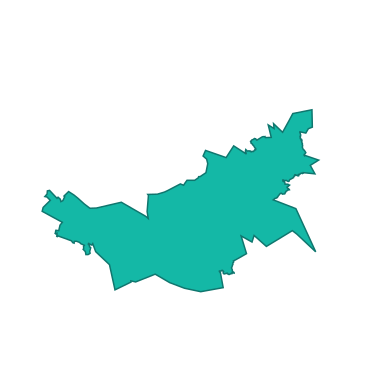 Coneto de Comonfort, Durango, Mexico (Robinson projection), rotated 110°
{"feature_id": "50627088B46470602439176", "entity_name": "Coneto de Comonfort", "entity_type": "district", "adm_level": 2, "iso_a3": "MEX", "parent_name": "Mexico", "parent_adm1": "Durango", "projection": "robinson", "projection_center": [-104.882, 25.009], "detail": "fine", "context": "isolated", "style": "filled", "palette": "teal", "viewbox_px": 384, "rotation_deg": 110, "n_neighbors": 0, "source": "geoboundaries", "source_scale": "gbopen_adm2", "svg_char_len": 5843}
<svg xmlns="http://www.w3.org/2000/svg" viewBox="0 0 384 384"><g transform="rotate(110 192 192)"><path d="M239.8,276.4L242.2,282.4L240.1,289.1L236.9,297.0L235.2,301.9L233.8,308.1L239.6,310.9L240.0,310.0L244.3,310.4L245.9,311.9L243.8,313.3L242.7,316.1L244.1,316.7L239.2,326.4L240.4,328.3L243.4,327.5L246.6,328.7L246.3,326.6L248.3,322.3L257.4,326.6L261.4,326.2L264.8,303.5L268.3,304.7L273.9,304.0L274.5,306.8L275.6,306.8L275.9,306.4L277.7,306.5L278.0,305.5L277.7,305.3L277.0,304.7L278.3,304.2L279.9,304.0L280.0,303.7L279.9,303.2L279.1,303.3L279.1,288.5L280.4,286.8L280.4,285.3L278.6,285.7L277.8,283.7L277.8,280.8L278.1,279.8L278.6,278.9L278.9,274.9L280.3,275.3L282.0,274.5L283.1,274.7L284.5,271.8L287.1,270.3L286.4,268.3L285.6,267.6L284.4,266.8L282.8,267.8L279.0,268.1L278.7,268.8L278.7,269.4L278.6,269.6L277.7,269.8L277.2,270.3L276.9,271.0L276.6,270.7L276.2,271.6L275.6,271.4L275.8,271.0L275.9,270.8L275.9,270.5L276.1,268.0L274.5,267.6L281.0,262.1L288.5,244.7L310.3,230.9L297.5,218.5L296.4,219.0L295.8,214.2L281.8,198.5L284.8,181.9L285.0,166.1L282.7,149.7L271.2,130.0L258.1,137.7L258.1,137.9L257.7,138.3L257.7,138.7L257.2,139.2L256.9,139.3L256.8,139.2L256.8,138.9L256.6,138.4L256.5,138.0L256.0,137.3L255.7,137.4L255.4,137.1L255.2,136.7L255.3,136.2L255.7,136.1L255.8,135.9L255.8,135.6L256.0,135.3L256.0,135.1L256.7,135.1L257.4,135.1L257.6,134.7L257.8,134.5L258.0,134.2L257.8,133.3L257.6,133.3L256.6,131.7L256.3,131.4L256.2,131.2L256.5,130.9L256.8,130.7L256.7,130.3L256.6,130.2L256.8,129.7L256.9,129.0L256.4,128.4L256.0,128.1L255.8,127.8L255.7,127.8L255.5,127.5L255.0,127.3L255.1,126.7L253.9,126.7L254.4,126.4L254.4,126.2L254.1,125.6L254.1,125.9L253.9,125.9L253.8,125.4L253.8,124.6L253.7,124.6L253.2,125.2L253.3,125.5L253.1,126.1L252.9,126.2L252.8,126.3L252.9,126.6L252.2,127.2L251.4,127.5L251.0,127.8L250.9,127.9L250.0,128.8L249.5,129.0L249.1,128.8L248.8,128.8L248.2,128.9L247.4,128.8L246.9,129.0L245.8,128.8L244.8,129.4L243.7,128.9L243.0,129.1L242.6,129.5L240.8,127.8L231.3,119.7L216.5,130.8L218.5,118.5L211.6,118.8L217.7,103.5L194.0,84.5L195.7,79.1L205.9,55.3L172.1,88.7L171.6,112.9L171.0,112.5L170.5,112.4L170.2,112.2L169.9,112.2L169.7,112.0L169.2,111.0L169.0,110.8L168.5,110.6L168.4,110.3L168.3,110.1L167.8,109.9L167.5,110.0L167.1,109.9L167.0,109.7L166.3,109.6L165.7,109.4L164.9,109.1L163.8,108.8L163.2,108.5L163.1,108.2L162.8,108.0L162.6,107.7L162.8,107.0L163.1,106.3L163.0,106.1L162.7,105.9L162.6,105.5L162.6,105.3L162.4,105.0L162.3,104.7L162.1,104.3L161.8,104.1L161.6,104.1L161.2,104.2L160.9,104.1L160.5,104.2L160.2,103.9L159.8,103.9L159.5,103.8L159.2,103.9L158.5,103.3L158.4,103.1L157.9,103.0L157.6,102.8L157.5,102.7L157.1,102.0L156.6,101.2L156.5,101.3L156.6,101.6L156.2,101.9L155.9,102.3L156.0,103.0L155.8,103.1L155.5,103.8L155.2,103.8L154.9,104.1L154.9,104.3L154.7,104.3L154.6,104.1L154.4,104.1L153.6,103.4L152.9,103.2L152.4,102.6L152.2,102.6L152.3,103.1L152.1,103.3L152.1,104.1L151.9,104.5L152.2,104.8L152.1,105.5L152.5,106.1L152.5,106.3L152.8,107.2L152.8,107.3L152.2,107.5L151.7,107.9L150.9,108.3L150.8,108.7L150.9,109.3L150.9,110.0L150.6,110.3L150.2,110.6L149.6,110.8L149.5,110.7L149.4,110.4L149.6,109.4L149.6,109.0L148.8,107.3L149.1,106.5L149.2,105.3L149.1,105.0L148.9,104.7L148.3,104.4L148.0,104.5L147.5,104.5L146.7,104.2L146.3,103.7L144.7,102.3L144.4,102.1L144.1,102.0L143.8,101.5L142.8,101.6L142.5,101.4L142.2,101.5L142.0,101.4L141.8,101.0L141.6,101.0L141.0,101.3L140.5,101.2L140.3,100.5L140.7,100.0L140.7,99.6L140.4,99.3L140.4,98.9L140.3,98.7L140.0,98.5L139.9,98.2L140.0,98.0L140.4,98.0L140.6,97.9L140.3,97.3L139.9,97.3L139.6,97.5L139.2,97.3L138.9,97.6L138.6,97.0L138.2,96.7L138.0,96.4L137.5,96.4L137.3,96.0L136.9,95.7L136.8,95.4L136.9,94.9L136.6,94.7L136.8,94.5L136.4,94.1L136.1,93.7L135.7,93.9L132.9,82.7L126.5,90.0L118.7,83.9L119.0,98.3L119.5,98.6L119.1,99.2L118.4,99.4L118.3,99.2L116.9,98.7L116.1,98.5L114.3,100.8L114.1,101.7L113.5,102.5L112.4,103.4L112.1,103.7L111.4,103.8L110.8,103.8L109.6,104.5L109.3,104.9L108.8,104.8L108.6,104.9L108.0,105.6L107.8,105.7L107.7,105.9L107.5,106.0L107.1,106.0L106.6,106.6L106.3,106.2L106.2,106.2L106.0,106.9L105.7,107.3L105.4,107.3L105.3,107.0L105.2,106.9L105.0,107.1L105.2,107.6L104.9,108.4L104.6,108.3L104.2,108.7L103.8,108.9L103.5,108.9L103.2,109.4L102.8,109.3L102.5,109.1L102.2,109.3L101.9,109.3L101.7,109.5L101.3,109.3L100.4,110.0L100.1,110.3L99.7,110.4L99.2,111.0L99.0,110.9L98.5,111.1L97.7,105.2L92.7,104.3L89.9,101.1L73.7,107.4L83.8,124.1L92.2,125.3L104.9,127.3L99.9,138.7L104.3,136.6L102.9,143.3L113.6,136.2L115.8,141.7L114.9,142.4L115.3,142.9L115.5,143.8L115.7,144.2L116.3,145.0L121.0,148.7L121.1,148.9L121.1,149.1L120.3,150.2L120.2,150.5L120.4,151.0L120.3,151.5L120.7,151.9L121.2,152.0L121.4,152.2L121.6,152.3L122.5,153.5L123.6,153.8L123.8,154.0L124.4,154.3L124.7,154.1L124.7,153.9L125.0,153.6L125.0,153.4L125.4,153.4L125.6,153.4L126.0,153.1L126.0,152.7L126.2,151.8L126.5,151.6L126.5,151.4L126.7,151.2L127.0,151.0L127.2,150.4L127.5,149.9L127.7,149.5L127.9,149.3L128.0,149.1L128.6,148.6L129.0,147.9L129.2,147.7L129.1,147.4L129.4,147.0L129.8,147.0L130.0,146.7L130.4,146.7L130.4,146.9L130.5,147.1L130.7,147.4L131.2,147.3L131.3,147.5L131.8,147.8L132.2,147.8L132.5,148.0L132.9,148.1L133.0,148.5L133.0,148.8L133.2,149.0L133.8,149.7L134.0,150.1L134.0,150.6L133.5,150.9L133.7,151.2L133.7,151.4L133.9,151.6L133.7,151.9L133.9,152.7L134.3,153.4L134.6,154.1L134.3,154.7L134.1,155.0L134.1,155.3L133.7,156.0L133.9,156.0L134.3,155.8L134.9,155.9L135.3,155.6L135.8,155.6L136.2,155.4L136.8,154.6L137.0,154.3L137.3,154.3L137.6,154.4L134.4,168.6L148.0,171.7L148.3,193.5L154.4,193.9L156.1,189.5L160.0,186.9L169.1,185.5L174.7,189.6L175.3,191.0L176.6,191.0L180.1,193.5L182.7,200.7L186.2,201.7L188.5,202.2L188.4,205.7L198.9,215.3L201.5,217.9L205.9,223.8L209.4,232.7L210.0,231.8L225.7,227.5L231.8,224.1L230.7,227.1L225.8,254.9L239.8,276.4Z" fill="#14b8a6" stroke="#0f766e" stroke-width="1.5"/></g></svg>